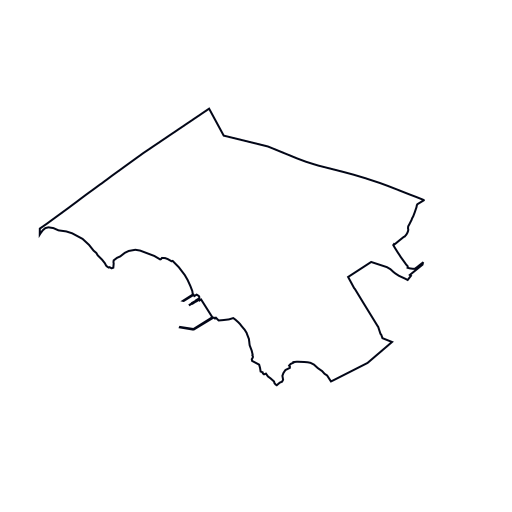 Salina Cruz, Oaxaca, Mexico (Natural Earth projection), rotated 58°
{"feature_id": "50627088B37536515094098", "entity_name": "Salina Cruz", "entity_type": "district", "adm_level": 2, "iso_a3": "MEX", "parent_name": "Mexico", "parent_adm1": "Oaxaca", "projection": "natural_earth1", "projection_center": [-95.202, 16.19], "detail": "fine", "context": "isolated", "style": "outline", "palette": "ink", "viewbox_px": 512, "rotation_deg": 58, "n_neighbors": 0, "source": "geoboundaries", "source_scale": "gbopen_adm2", "svg_char_len": 3300}
<svg xmlns="http://www.w3.org/2000/svg" viewBox="0 0 512 512"><g transform="rotate(58 256 256)"><path d="M349.9,117.4L350.1,118.7L350.4,121.9L350.8,125.1L351.0,128.1L350.1,129.6L348.1,132.0L346.3,133.7L345.7,133.1L344.7,132.8L342.9,133.2L340.8,133.3L336.3,133.6L333.5,133.8L330.8,133.8L328.4,133.9L325.1,133.9L322.1,133.9L319.5,133.8L319.0,132.6L319.5,132.4L319.5,132.2L319.4,131.0L318.8,126.4L318.1,120.6L318.3,119.6L317.9,118.4L317.5,117.1L316.4,115.1L315.2,113.6L314.2,112.8L313.0,112.4L311.5,111.2L310.0,108.5L309.9,108.4L307.8,104.9L306.8,103.7L305.7,101.7L303.2,98.4L299.7,94.1L298.2,92.7L297.6,91.7L297.7,84.2L297.4,84.1L296.1,85.0L290.9,88.8L285.0,93.3L267.7,106.1L267.1,106.6L266.9,106.7L259.8,112.2L248.9,121.3L248.2,121.8L247.6,122.4L246.9,123.0L238.7,130.2L231.1,137.3L212.5,155.1L209.3,157.9L209.2,158.0L203.8,162.6L203.1,163.2L202.9,163.4L202.0,164.1L195.1,169.4L169.4,187.9L136.8,219.6L106.2,217.7L109.0,297.2L111.6,335.7L112.2,342.4L112.3,344.1L112.7,348.5L112.7,350.0L112.9,352.7L113.2,356.4L113.7,363.8L114.0,367.9L114.6,375.0L115.0,379.2L115.5,385.5L115.8,388.9L116.2,394.5L117.2,408.3L117.8,416.3L118.2,424.8L123.2,428.0L122.6,426.8L121.2,423.2L120.7,419.9L121.7,416.8L125.0,413.0L129.6,409.9L134.6,403.9L139.3,399.9L149.6,394.0L158.1,391.7L165.4,390.9L168.8,389.8L171.5,389.9L177.5,388.5L182.0,388.0L184.8,388.2L186.5,387.7L187.8,387.0L187.9,386.1L188.8,385.6L189.9,385.0L190.3,383.2L187.0,380.7L185.6,380.1L184.3,379.0L183.9,374.8L184.4,371.4L183.8,365.5L184.3,361.2L186.8,355.0L190.0,351.4L202.1,342.2L208.1,339.1L208.3,338.3L207.8,336.8L209.6,334.2L211.8,332.5L215.7,330.4L216.0,329.3L224.6,327.4L234.4,326.5L240.1,326.7L246.9,327.6L252.0,328.6L255.2,330.0L255.3,341.7L255.8,341.2L255.9,329.5L257.3,329.5L257.3,326.8L259.6,325.7L260.7,325.8L261.8,326.5L261.8,330.5L262.1,330.7L261.9,334.9L262.2,334.9L262.2,338.1L262.4,338.1L262.4,334.9L262.8,334.9L262.7,330.7L262.9,330.6L262.9,327.3L263.8,327.4L263.8,325.6L284.8,325.5L284.8,347.7L275.9,358.0L276.2,358.4L284.9,348.6L285.4,347.7L285.7,325.1L285.9,324.4L286.5,324.2L287.3,323.9L287.1,322.7L290.2,322.0L290.9,321.8L293.0,317.7L295.4,312.6L296.6,308.2L297.8,307.7L299.1,307.2L300.5,306.8L302.9,306.1L305.3,305.6L307.6,305.4L311.2,304.9L312.3,304.7L313.5,304.7L314.7,304.7L315.5,304.7L316.2,304.7L317.4,305.0L322.7,306.0L324.5,306.9L325.3,307.2L326.0,307.6L328.4,308.7L334.0,309.8L337.8,311.1L338.2,311.7L339.4,311.8L340.4,312.5L341.3,314.3L342.9,314.9L349.8,310.9L353.1,311.9L356.4,313.3L358.2,312.0L359.2,312.4L360.6,311.9L361.0,309.9L364.5,309.7L367.5,308.5L372.0,307.2L373.5,307.7L375.3,307.5L376.6,306.9L376.0,303.0L376.4,300.5L375.3,298.6L373.8,298.0L371.6,297.1L369.8,294.8L369.0,293.1L368.4,291.7L368.3,291.4L368.8,286.6L367.8,285.9L367.0,286.0L366.7,285.7L366.4,285.8L365.9,283.8L366.3,280.8L365.8,280.5L367.4,277.2L371.5,271.2L373.6,268.4L375.5,266.4L378.8,264.4L383.8,263.0L388.7,260.9L392.2,260.3L395.0,259.0L402.1,258.9L402.4,256.3L405.8,218.1L401.0,186.2L392.7,192.3L389.1,191.5L388.0,191.7L380.7,189.9L380.0,190.0L352.7,189.8L336.5,189.6L335.3,189.8L322.6,189.0L322.1,161.5L334.8,150.9L336.7,149.9L338.4,149.0L340.2,148.5L342.1,148.0L344.4,147.2L348.5,145.3L350.8,143.8L354.3,141.5L356.7,140.1L354.9,135.1L353.6,135.6L351.6,119.4L350.3,118.1L349.9,117.4Z" fill="none" stroke="#020617" stroke-width="2"/></g></svg>